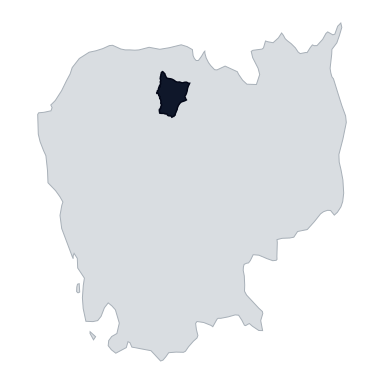 Kuleaen, Preah Vihéar, Cambodia (highlighted)
{"feature_id": "14789045B31291956543174", "entity_name": "Kuleaen", "entity_type": "district", "adm_level": 2, "iso_a3": "KHM", "parent_name": "Cambodia", "parent_adm1": "Preah Vihéar", "projection": "equal_earth", "projection_center": [104.523, 13.796], "detail": "fine", "context": "in_parent", "style": "filled", "palette": "ink", "viewbox_px": 384, "rotation_deg": 0, "n_neighbors": 0, "source": "geoboundaries", "source_scale": "gbopen_adm2", "svg_char_len": 6696}
<svg xmlns="http://www.w3.org/2000/svg" viewBox="0 0 384 384"><path d="M340.8,23.0L341.8,27.4L339.4,35.5L336.8,42.9L331.9,49.4L331.7,54.2L330.1,68.4L330.8,72.9L331.9,76.8L333.5,78.9L337.8,92.8L341.8,105.5L345.6,115.9L346.3,122.5L342.9,139.1L338.9,154.5L339.2,162.1L341.0,169.8L342.9,180.0L343.7,193.1L342.7,201.6L340.9,206.9L337.4,212.3L334.3,215.1L330.6,210.5L327.6,210.3L323.7,211.6L320.6,213.8L314.3,221.7L307.3,229.5L297.6,231.5L293.8,237.2L289.7,238.0L282.1,238.3L277.0,239.6L277.3,242.5L276.9,256.2L277.0,259.4L276.2,260.3L272.8,260.7L266.9,258.6L258.9,255.2L253.2,254.7L250.3,260.6L248.5,262.9L246.4,263.3L244.1,264.4L243.4,267.0L243.2,270.3L244.3,276.0L244.7,285.1L244.5,291.2L246.6,295.1L258.8,308.2L262.4,311.5L262.8,313.5L260.7,320.6L262.6,330.6L258.8,330.5L252.4,326.2L249.3,323.5L245.6,325.6L244.4,325.2L241.9,320.3L238.6,315.2L235.2,314.9L228.1,316.9L220.8,318.3L218.1,318.3L217.0,319.2L212.8,326.7L211.0,325.4L203.7,322.5L197.0,321.5L195.6,323.4L196.4,329.5L197.9,335.5L197.0,338.0L193.4,341.2L188.5,346.8L185.5,351.2L183.5,352.3L176.1,352.1L168.7,352.7L165.8,356.8L163.0,360.1L160.6,361.0L151.0,350.7L131.9,347.1L129.9,342.6L128.0,341.7L126.3,347.6L115.8,353.2L111.4,349.8L108.2,345.7L108.7,340.6L111.7,336.5L116.9,333.5L119.3,323.1L115.4,309.8L111.9,305.9L108.2,302.9L104.4,307.8L101.1,316.3L97.7,320.6L92.9,321.6L85.9,321.3L83.2,308.6L82.4,297.8L83.3,285.4L84.4,278.1L77.7,268.0L77.3,258.4L74.1,253.4L73.1,255.9L73.2,258.7L72.3,256.7L61.7,228.5L60.0,215.4L61.8,205.4L62.9,202.0L59.9,196.7L55.6,190.7L48.0,182.8L47.5,170.4L45.9,155.7L43.6,150.7L40.1,141.7L38.3,134.2L37.7,114.4L38.7,112.8L44.0,112.3L51.0,110.8L52.1,107.6L50.8,105.0L55.3,100.5L61.6,90.7L66.6,80.5L70.1,74.0L72.2,67.6L79.3,58.5L89.2,52.2L95.8,50.8L102.8,48.6L109.4,45.6L112.6,45.3L120.8,49.0L125.2,49.9L129.9,49.9L134.8,50.2L139.0,49.9L149.1,47.3L159.8,49.3L169.4,47.7L181.2,44.8L187.1,46.6L192.4,49.6L193.1,55.6L194.3,58.4L196.1,60.5L198.4,60.5L201.5,56.3L204.0,52.0L204.8,51.2L204.9,53.3L206.2,58.0L208.5,62.6L210.7,65.6L214.6,69.7L217.0,69.9L225.1,66.1L237.3,71.7L238.7,74.5L242.6,80.2L246.9,84.2L256.4,84.5L259.7,74.5L258.1,68.3L252.7,57.7L251.2,51.4L252.9,50.3L262.0,49.1L263.5,47.9L265.5,41.0L268.0,41.8L273.1,42.7L278.4,37.9L281.6,33.0L283.3,35.2L285.2,38.7L287.3,40.7L291.2,43.7L295.4,47.9L298.1,52.0L300.2,53.6L305.6,52.5L307.1,52.6L310.2,47.7L312.4,44.9L314.3,45.7L317.0,45.6L322.7,39.3L325.9,33.5L327.7,31.9L332.8,34.8L334.8,34.2L337.7,26.2L340.8,23.0ZM79.7,292.0L78.6,292.7L77.7,292.7L76.6,291.5L76.8,287.0L77.5,284.2L79.2,283.7L79.7,292.0ZM95.6,336.7L93.5,339.8L90.0,333.4L90.1,331.7L95.6,336.7Z" fill="#d9dde1" stroke="#a8b0b8" stroke-width="1"/><path d="M162.3,71.6L162.2,71.7L162.2,72.1L162.0,72.3L161.8,72.5L161.6,72.5L161.4,72.6L161.4,72.8L161.3,73.1L161.2,73.4L161.2,73.5L161.2,73.8L161.1,74.0L161.1,74.5L160.9,74.6L160.9,75.1L160.8,75.3L160.8,75.5L160.9,75.8L160.8,76.3L160.6,76.4L160.5,76.5L160.6,77.1L160.6,77.3L160.3,77.7L160.3,77.8L160.2,78.7L160.3,79.0L160.5,79.5L160.6,79.9L160.7,80.1L160.8,80.5L160.7,80.6L160.7,80.8L160.6,81.2L160.6,81.3L160.6,81.5L160.3,81.7L160.3,81.9L160.3,82.0L160.5,82.3L160.4,82.7L160.4,82.8L160.4,83.0L160.5,83.1L160.7,83.3L160.5,84.0L160.5,84.4L160.4,84.6L160.3,84.8L159.8,85.1L159.7,85.3L159.6,85.5L159.5,85.8L160.1,86.4L160.2,86.6L160.2,86.8L159.7,86.9L159.3,86.7L159.2,86.7L159.0,87.0L158.9,87.2L158.8,87.6L158.7,88.0L158.5,88.6L158.8,88.8L158.9,89.0L158.6,89.3L158.5,89.5L158.5,89.8L158.2,89.9L158.1,90.1L158.1,90.4L158.1,90.6L158.0,90.9L157.9,91.0L157.7,91.1L157.4,90.9L157.3,91.0L157.3,91.4L157.3,91.7L157.2,92.1L156.8,92.7L156.7,92.8L156.7,93.0L156.8,93.3L157.0,93.5L157.3,93.4L157.6,93.3L157.8,93.4L158.0,93.3L158.1,93.2L158.2,93.3L158.3,93.5L158.5,93.8L158.5,94.2L158.6,94.3L158.7,94.7L158.7,95.1L158.8,95.5L159.0,95.8L159.2,96.0L159.3,96.2L159.6,96.3L159.8,96.4L159.9,96.5L160.0,96.6L160.0,97.0L159.9,97.3L159.8,97.5L159.7,97.7L159.6,97.8L159.7,98.1L159.8,98.4L159.8,98.6L160.0,98.8L160.4,99.1L160.5,99.4L160.5,99.6L160.8,100.2L160.8,100.3L160.8,100.7L160.8,100.9L160.9,101.3L160.9,101.7L161.0,101.8L160.9,102.3L160.8,102.6L160.8,102.8L160.8,103.2L160.8,103.4L160.9,103.7L161.0,103.9L161.5,104.2L161.5,104.3L161.5,105.5L161.4,105.6L161.1,105.9L161.0,106.5L160.9,106.6L160.8,106.8L160.8,107.0L160.7,107.1L160.6,107.3L160.6,107.5L160.7,107.9L160.6,108.1L160.5,108.3L160.6,108.5L160.4,108.7L160.4,108.8L160.2,109.0L159.9,109.1L159.7,109.1L159.6,109.3L159.5,109.6L159.4,109.6L159.4,109.8L159.3,110.2L159.3,110.4L159.4,110.7L159.4,110.9L159.4,111.0L159.5,111.0L159.5,111.3L159.5,111.6L159.6,111.8L159.8,112.2L159.8,112.3L159.6,112.5L159.6,112.9L159.7,113.1L161.2,113.4L161.9,113.3L162.5,113.4L163.5,113.4L164.1,113.5L164.4,113.6L164.8,113.8L165.0,113.7L165.6,114.0L165.8,114.0L166.0,113.9L166.4,114.0L166.6,114.0L166.8,114.0L167.0,114.1L167.1,114.4L167.2,114.6L167.4,114.9L167.5,115.1L167.8,115.3L168.0,115.5L168.3,115.5L168.6,115.6L168.8,115.8L169.1,115.9L169.4,115.8L170.3,115.7L170.7,115.7L170.8,115.8L170.9,116.1L171.1,116.3L171.3,116.5L171.5,116.5L171.7,116.9L171.7,117.0L171.8,117.2L172.0,117.1L172.3,117.0L172.3,116.9L172.5,116.8L172.5,116.7L172.8,116.7L173.0,116.6L173.2,116.4L173.4,116.3L173.5,116.3L173.8,116.3L173.8,116.2L174.0,115.9L174.2,115.6L174.3,115.7L174.5,115.5L174.5,115.4L174.8,115.3L174.8,115.2L175.0,115.2L175.1,114.9L175.2,114.4L175.3,114.1L175.3,113.7L175.5,113.2L175.7,112.9L175.9,112.4L176.0,112.2L176.5,110.8L176.6,110.6L176.8,110.2L177.1,109.7L177.2,109.1L177.3,108.4L177.3,108.1L177.4,107.9L177.9,106.5L178.3,105.8L178.5,105.3L178.8,104.7L179.1,104.4L179.3,104.2L179.4,103.9L179.8,103.3L180.4,102.8L180.9,102.3L181.1,102.1L181.7,101.8L182.3,101.6L183.0,101.4L183.7,101.1L184.3,100.9L184.5,100.9L184.8,100.7L185.8,100.3L186.4,99.9L186.0,99.3L185.8,99.0L185.6,98.6L185.5,98.2L185.4,97.8L185.2,97.5L185.0,97.1L184.9,96.9L184.9,96.6L184.9,96.4L185.0,96.1L185.1,95.8L185.8,94.8L186.0,94.3L186.3,93.7L186.8,92.0L187.0,91.5L187.2,90.6L187.3,89.9L187.4,89.1L187.5,88.8L187.6,88.1L187.9,87.3L188.5,85.6L188.6,85.4L188.9,84.9L189.3,84.1L189.4,83.8L189.6,83.3L188.9,83.3L188.5,83.2L188.2,83.1L187.9,82.9L187.2,82.5L186.5,82.2L185.8,82.2L185.2,82.2L184.6,82.3L184.2,82.4L183.8,82.5L183.5,82.6L182.9,82.8L182.7,82.8L182.4,82.8L182.0,82.8L181.6,82.7L180.7,82.4L179.9,82.1L179.7,82.0L179.4,82.0L178.3,82.1L177.9,82.1L177.7,82.1L177.4,82.1L176.3,81.8L175.9,81.6L175.1,81.1L174.5,80.6L173.6,80.0L172.4,79.4L172.0,79.2L171.4,79.0L171.0,78.9L170.7,78.8L168.3,78.5L167.8,78.4L167.5,78.3L167.0,78.2L166.6,77.8L166.6,77.7L166.2,77.1L165.9,76.7L165.7,76.2L165.3,75.2L165.0,74.5L164.8,74.2L164.8,73.9L164.7,73.9L164.2,73.2L163.8,72.7L163.7,72.6L163.2,72.1L162.9,71.8L162.7,71.7L162.3,71.6Z" fill="#0f172a" stroke="#020617" stroke-width="1.5"/></svg>